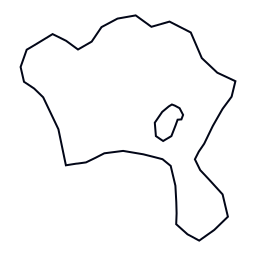 map outline of Xocalı (Albers equal-area conic projection)
{"feature_id": "AZE-1739", "entity_name": "Xocalı", "entity_type": "District", "adm_level": 1, "iso_a3": "AZE", "parent_name": "Azerbaijan", "parent_adm1": "", "projection": "albers", "projection_center": [46.729, 39.823], "detail": "fine", "context": "isolated", "style": "outline", "palette": "ink", "viewbox_px": 256, "rotation_deg": 0, "n_neighbors": 0, "source": "natural_earth", "source_scale": "10m", "svg_char_len": 904}
<svg xmlns="http://www.w3.org/2000/svg" viewBox="0 0 256 256"><path d="M154.8,157.2L143.3,154.3L123.1,150.9L104.3,153.3L95.3,157.9L86.0,162.4L78.1,163.5L76.0,163.7L65.9,165.3L58.4,129.2L43.2,97.3L34.1,88.5L24.0,81.8L20.6,67.0L26.7,49.7L30.0,47.8L40.3,41.6L52.6,34.1L66.1,40.8L78.0,49.5L91.7,41.6L101.5,27.1L117.5,18.6L135.7,15.4L151.4,26.8L169.5,21.6L190.8,32.5L199.1,51.8L201.8,58.1L210.3,66.1L217.3,72.7L235.4,81.2L231.6,96.7L222.7,108.7L221.4,110.9L212.9,125.8L212.1,127.4L204.2,143.7L198.8,151.6L194.9,159.3L200.2,170.1L208.1,178.5L222.6,194.4L227.9,216.7L214.3,229.9L199.2,240.6L187.5,234.3L176.2,224.2L176.6,213.4L176.3,202.2L175.4,185.7L170.7,165.9L162.5,159.2L154.8,157.2ZM163.1,141.0L171.4,136.1L175.6,125.3L177.6,119.7L181.4,119.4L183.1,114.9L179.6,108.2L174.8,105.6L171.9,104.5L168.8,106.4L162.2,111.9L154.8,122.7L155.9,136.1L163.1,141.0Z" fill="none" stroke="#020617" stroke-width="2"/></svg>